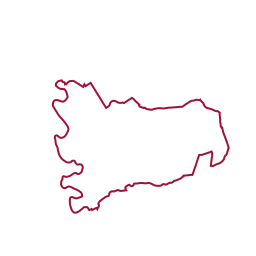 outline of Coltau, Maramures, Romania, rotated 242°
{"feature_id": "2599482B55109321738966", "entity_name": "Coltau", "entity_type": "district", "adm_level": 2, "iso_a3": "ROU", "parent_name": "Romania", "parent_adm1": "Maramures", "projection": "orthographic", "projection_center": [23.522, 47.593], "detail": "fine", "context": "isolated", "style": "outline", "palette": "rose", "viewbox_px": 256, "rotation_deg": 242, "n_neighbors": 0, "source": "geoboundaries", "source_scale": "gbopen_adm2", "svg_char_len": 5585}
<svg xmlns="http://www.w3.org/2000/svg" viewBox="0 0 256 256"><g transform="rotate(242 128 128)"><path d="M119.1,205.0L118.8,204.4L119.5,203.4L120.7,202.0L121.0,201.0L121.4,198.7L122.1,197.0L122.3,196.2L121.8,189.7L121.2,186.2L126.3,174.5L126.5,174.1L127.0,173.1L127.7,171.1L128.2,169.4L128.4,168.9L128.6,168.5L130.6,165.3L130.9,164.8L131.1,164.5L131.3,164.0L132.3,160.8L132.7,159.5L132.7,159.2L132.8,158.8L132.8,158.2L132.9,157.7L133.0,157.5L133.8,156.4L133.9,155.9L134.6,155.3L134.8,154.8L134.9,154.7L135.1,154.6L135.3,154.1L136.0,153.4L136.3,153.2L137.7,152.6L137.9,152.3L138.1,152.0L138.2,151.8L138.5,151.7L138.5,151.1L138.7,150.8L139.5,150.2L139.6,149.9L140.5,149.3L140.7,149.1L140.8,149.0L140.9,148.8L140.9,148.7L141.4,148.5L141.5,148.5L141.8,148.4L142.2,148.3L142.4,148.4L142.5,148.4L142.5,148.5L143.0,148.7L143.3,149.0L143.7,148.8L148.3,147.2L149.8,146.8L151.1,146.5L151.8,146.2L152.8,145.4L152.5,143.8L152.5,142.1L152.1,138.5L152.0,137.5L151.9,136.4L152.0,136.0L152.5,135.7L153.0,135.4L153.2,134.3L153.6,133.5L154.5,131.9L155.3,131.0L156.2,130.6L157.5,129.6L158.7,128.3L159.1,127.2L159.1,125.9L158.9,125.1L158.5,124.2L157.1,122.7L156.5,121.6L156.2,120.3L156.1,118.1L159.4,117.9L161.3,117.7L164.3,117.6L166.5,117.4L170.9,117.2L173.8,116.9L185.4,116.2L184.9,110.1L187.0,110.0L185.3,107.7L194.2,102.6L194.9,102.1L195.5,101.5L196.6,98.9L196.7,98.0L196.5,96.3L195.9,94.7L195.6,94.1L195.8,94.0L196.0,92.9L196.9,93.3L197.6,93.4L198.0,93.4L198.3,93.2L198.6,92.9L198.9,92.4L199.2,92.0L200.3,91.7L201.0,91.9L201.7,90.3L202.1,88.4L201.9,87.6L201.4,86.2L201.1,85.4L200.2,84.7L199.2,84.2L196.6,85.2L195.0,86.1L193.9,87.2L192.2,90.0L190.9,90.4L189.0,90.5L184.2,89.5L183.3,88.7L182.2,86.7L181.8,85.6L181.6,84.3L181.7,83.2L182.2,82.3L185.1,79.5L186.1,78.3L186.6,77.3L186.7,76.1L186.6,75.2L185.8,74.1L184.7,73.0L183.2,72.3L182.1,72.1L180.7,72.2L178.6,72.3L176.4,72.5L172.8,72.7L169.4,73.2L167.2,73.9L162.6,74.9L159.5,75.3L156.5,75.4L154.9,74.9L153.8,73.9L152.4,72.1L151.3,70.3L150.6,69.1L150.2,67.7L150.1,66.5L150.4,65.1L150.8,64.1L151.6,63.3L154.6,62.0L155.1,61.4L155.2,60.6L155.1,59.8L154.3,59.1L153.3,58.6L151.8,58.4L148.7,57.1L147.4,56.7L145.0,56.7L143.5,56.5L141.5,55.8L139.3,55.2L136.7,54.7L134.8,54.7L132.1,55.1L130.3,55.7L127.4,57.2L126.4,57.9L125.5,59.1L125.0,60.4L124.8,61.5L125.2,63.0L125.0,64.2L124.5,65.0L124.0,65.3L123.1,65.4L121.6,65.3L120.7,65.5L119.6,66.0L119.2,66.7L118.6,68.6L117.6,69.6L116.2,69.9L115.2,69.8L114.4,69.6L113.6,68.9L112.2,67.6L111.0,66.3L110.7,65.5L110.5,64.3L110.5,62.9L111.1,61.9L112.8,60.9L113.2,59.6L113.4,58.6L112.9,55.1L113.1,53.2L113.5,51.4L114.1,50.2L115.7,48.4L115.7,47.6L115.1,47.0L113.8,46.3L112.3,44.2L111.1,43.3L109.3,42.3L107.9,42.2L106.7,42.3L105.7,42.7L104.5,43.9L104.3,44.8L104.5,46.5L104.3,48.0L103.5,49.1L102.8,49.9L100.6,51.4L99.3,52.2L97.8,53.6L96.4,54.6L94.2,55.8L93.1,56.3L92.3,56.3L91.0,56.2L90.1,55.9L89.3,55.4L89.1,54.6L89.3,53.5L89.5,52.5L89.6,51.6L89.9,49.9L90.5,48.8L91.1,48.1L92.1,47.3L93.3,46.2L93.6,45.3L93.6,44.5L93.2,43.9L91.8,42.8L89.8,41.8L87.6,40.9L85.1,40.3L82.1,39.8L79.9,40.1L78.6,40.8L77.9,41.8L77.5,42.9L77.6,44.0L77.4,45.6L77.6,47.0L78.0,48.6L78.2,49.9L78.6,51.0L78.7,52.2L78.1,53.2L77.4,54.7L76.5,55.0L73.7,55.3L73.6,57.8L72.5,57.8L72.3,61.8L72.2,61.8L72.2,62.7L70.8,62.8L71.5,63.6L71.9,64.6L72.3,65.2L72.8,65.7L73.3,66.1L74.1,66.2L74.9,66.2L75.6,66.8L76.3,68.0L76.7,69.1L76.9,70.8L77.2,72.4L77.6,75.4L77.6,77.3L77.3,78.0L77.2,78.6L77.4,79.3L78.1,80.1L78.7,80.5L79.4,81.4L79.8,82.2L79.8,83.3L79.6,83.8L79.6,84.4L79.1,85.1L78.5,85.8L78.4,87.4L78.1,88.2L78.2,88.9L78.1,89.5L77.8,90.2L76.9,90.9L76.1,91.6L75.6,92.6L75.2,93.7L74.6,95.0L73.9,96.9L74.2,96.8L74.9,96.8L75.0,96.9L75.1,97.2L75.3,97.4L75.8,97.6L76.3,97.6L76.8,97.9L77.1,98.4L77.3,99.1L77.5,101.2L77.4,102.3L77.3,102.5L76.9,102.7L76.6,102.8L75.9,103.1L75.3,103.5L74.9,104.0L74.7,105.0L74.8,105.7L75.3,106.4L76.0,107.3L74.6,110.4L73.5,113.4L72.9,114.5L72.0,115.9L71.3,116.9L70.9,117.5L70.5,118.4L70.3,119.1L70.1,119.8L69.8,120.5L69.2,121.2L68.7,121.8L67.4,122.7L66.6,123.3L66.4,123.4L65.5,124.0L64.2,125.3L63.3,126.5L62.2,128.6L61.9,129.4L61.7,130.5L61.7,131.2L61.8,131.4L62.0,132.1L62.0,132.3L62.0,132.6L61.6,133.2L61.3,133.5L61.1,133.8L60.8,134.1L60.5,134.5L60.3,134.7L60.1,135.4L60.1,138.6L60.0,139.5L59.8,139.8L59.4,140.2L59.3,140.4L59.2,141.1L59.2,141.5L59.3,142.3L59.5,143.2L59.7,143.9L59.5,144.0L59.4,144.7L59.2,145.5L59.0,147.6L58.8,149.1L58.8,150.7L58.9,151.3L59.2,152.9L59.2,154.4L59.4,154.6L59.8,154.7L57.5,160.3L57.1,161.5L56.6,162.5L56.4,162.8L57.2,163.8L62.5,169.5L67.2,174.4L70.8,178.2L70.5,178.9L69.6,180.6L68.8,185.1L68.7,186.0L68.3,188.4L68.0,190.7L67.5,190.7L67.0,190.6L66.1,190.4L64.8,189.8L63.9,189.3L63.3,189.0L62.9,188.5L61.7,187.5L58.3,185.2L55.7,183.4L55.4,183.8L54.7,184.9L54.5,185.5L54.5,187.1L54.4,189.2L54.3,190.0L54.0,191.5L53.9,192.4L53.9,193.3L54.1,194.5L54.4,195.8L55.2,197.7L55.5,198.1L57.2,199.8L57.6,200.3L57.9,200.9L58.0,201.3L58.0,201.8L58.2,202.2L58.3,202.5L59.0,203.3L59.9,204.1L61.1,205.4L61.5,205.9L62.3,206.4L62.9,207.0L63.0,207.5L64.7,207.9L69.8,208.8L79.7,210.1L84.0,211.3L84.0,210.9L85.7,210.7L86.0,210.8L86.4,210.9L88.4,211.8L89.4,212.0L89.9,212.2L90.4,212.4L90.8,212.6L91.3,212.8L91.6,213.1L92.1,213.4L92.7,213.5L94.0,214.1L94.3,214.3L95.4,214.7L96.8,215.1L97.5,215.6L98.1,216.1L98.4,216.2L99.8,215.6L100.4,215.3L100.9,215.1L101.0,214.6L101.2,214.2L101.6,213.6L103.0,212.4L103.9,211.8L104.6,211.3L106.1,209.8L108.3,207.5L109.1,206.8L109.8,206.4L111.6,205.9L112.4,205.9L112.9,205.9L113.2,206.1L113.9,206.1L114.9,206.1L116.5,205.5L117.7,205.2L119.1,205.0Z" fill="none" stroke="#9f1239" stroke-width="2"/></g></svg>